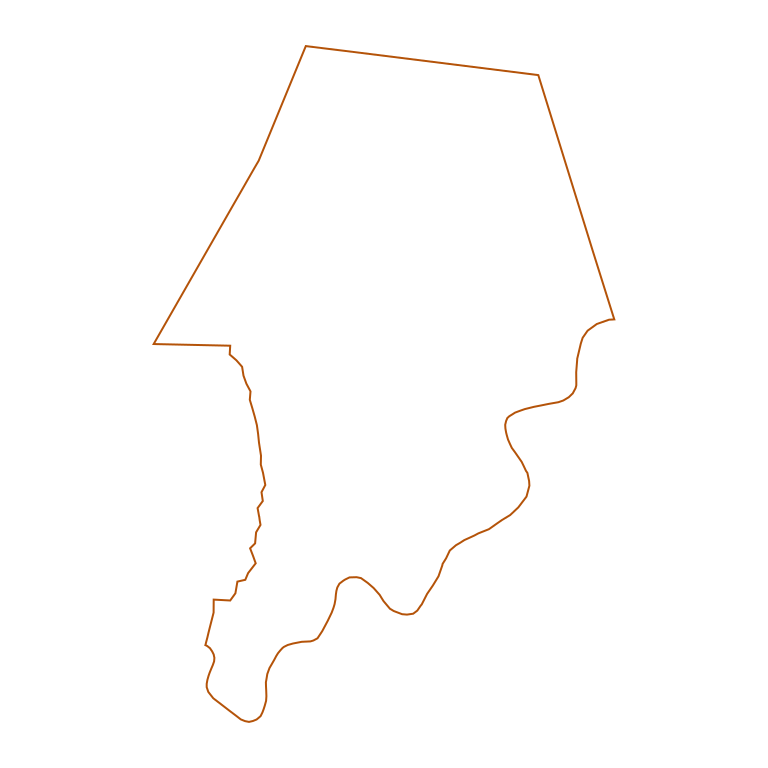 Concepción, Misiones, Argentina (orthographic projection)
{"feature_id": "61730980B41653998480199", "entity_name": "Concepción", "entity_type": "district", "adm_level": 2, "iso_a3": "ARG", "parent_name": "Argentina", "parent_adm1": "Misiones", "projection": "orthographic", "projection_center": [-55.471, -27.961], "detail": "fine", "context": "isolated", "style": "outline", "palette": "amber", "viewbox_px": 768, "rotation_deg": 0, "n_neighbors": 0, "source": "geoboundaries", "source_scale": "gbopen_adm2", "svg_char_len": 2821}
<svg xmlns="http://www.w3.org/2000/svg" viewBox="0 0 768 768"><path d="M538.3,75.1L343.3,50.7L337.5,50.0L305.8,46.1L258.7,160.7L254.2,168.4L241.5,190.6L231.5,208.0L153.7,344.0L156.5,344.1L230.2,345.7L229.7,354.5L236.4,360.3L242.1,366.8L243.5,375.7L246.4,383.7L250.5,391.4L249.8,399.8L252.3,408.1L254.7,416.5L256.9,425.2L258.1,433.9L259.0,442.7L261.0,455.7L260.8,464.6L263.0,472.8L265.3,485.0L261.5,492.2L262.8,501.0L257.6,508.1L259.1,516.4L259.2,516.5L259.7,520.3L260.5,524.9L256.1,532.3L255.1,543.4L250.1,548.3L253.0,555.8L255.7,563.3L248.1,573.1L246.3,577.4L245.3,579.8L237.4,581.6L237.0,584.0L235.4,593.3L230.2,600.5L213.7,599.6L213.6,612.6L209.6,628.3L208.5,632.7L207.4,637.4L206.0,642.7L205.5,644.9L205.4,645.1L207.2,646.0L210.1,648.3L210.7,649.3L212.1,651.3L213.7,654.5L214.0,656.1L214.4,657.8L214.1,661.4L212.8,665.1L211.3,668.6L209.6,672.8L208.5,676.0L207.4,679.9L206.7,683.8L206.7,687.2L208.3,691.9L210.0,694.1L213.3,698.3L224.5,706.9L230.2,711.3L235.9,715.6L240.8,719.4L245.0,721.1L249.0,721.9L252.9,721.0L256.6,719.5L258.9,717.6L260.6,716.1L262.4,712.5L263.6,709.3L264.7,705.9L266.1,700.8L266.4,696.2L266.2,690.2L266.0,686.2L265.9,682.3L266.6,678.3L267.3,674.0L269.5,668.0L271.5,664.6L274.3,659.7L276.2,656.1L278.0,653.2L280.4,650.3L282.5,648.0L283.9,646.9L287.7,645.0L293.0,643.5L301.8,641.8L310.4,641.4L313.4,640.5L317.5,638.3L322.2,631.2L327.7,620.9L331.7,612.6L333.5,607.8L334.6,604.1L335.5,599.1L335.6,597.8L335.9,594.4L336.4,590.9L337.3,587.5L339.3,583.9L339.4,583.7L339.9,583.3L343.3,580.7L345.2,579.5L349.5,577.4L356.6,577.2L361.0,578.1L367.7,582.9L373.6,588.0L379.7,594.9L381.4,597.7L383.6,601.2L390.0,608.8L391.1,609.4L393.7,611.0L402.1,614.2L407.0,614.6L413.2,613.7L417.3,610.6L420.8,605.5L421.7,604.5L427.1,593.9L432.8,585.6L438.5,576.3L442.3,565.4L442.6,563.9L446.1,558.3L449.8,550.5L450.5,549.9L456.0,545.2L459.8,543.0L464.3,540.1L470.5,537.3L474.4,535.5L478.3,533.4L480.8,532.4L488.9,529.2L497.4,523.2L502.0,520.0L510.1,515.1L518.3,507.4L526.5,496.6L529.4,485.7L529.2,482.6L529.1,481.0L527.4,472.9L526.0,470.9L523.7,466.0L521.7,461.9L514.9,452.1L511.8,447.9L509.9,443.8L508.0,439.5L506.7,434.9L506.2,432.9L506.0,431.9L505.5,429.0L505.4,428.3L505.2,424.8L506.1,421.0L507.2,418.4L507.3,418.1L509.2,416.3L512.6,414.2L515.1,412.6L520.5,410.6L524.8,409.1L534.1,406.8L540.8,405.5L547.7,404.1L548.7,403.9L558.4,402.2L563.3,400.5L568.8,397.2L572.3,393.8L572.7,393.5L574.4,390.3L575.5,388.3L576.1,386.2L576.3,385.3L576.3,382.3L576.2,372.2L577.2,359.6L577.2,358.8L580.0,347.0L580.8,343.6L581.5,341.4L582.4,338.6L582.7,337.7L585.3,334.0L586.6,332.1L587.6,330.7L588.4,330.1L596.4,324.3L596.8,324.0L608.5,319.9L609.1,319.7L609.3,319.7L610.8,319.6L612.9,319.5L614.3,319.4L614.2,319.1L613.5,316.9L613.2,316.0L592.5,250.1L587.0,232.3L541.7,86.1L538.3,75.1Z" fill="none" stroke="#b45309" stroke-width="2"/></svg>